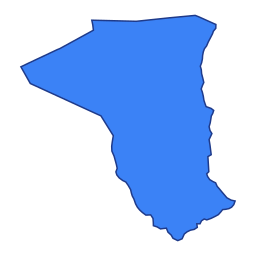 Serrolândia, Bahia, Brazil (Albers equal-area conic projection)
{"feature_id": "56859067B30551948339196", "entity_name": "Serrolândia", "entity_type": "district", "adm_level": 2, "iso_a3": "BRA", "parent_name": "Brazil", "parent_adm1": "Bahia", "projection": "albers", "projection_center": [-40.233, -11.447], "detail": "fine", "context": "isolated", "style": "filled", "palette": "blue", "viewbox_px": 256, "rotation_deg": 0, "n_neighbors": 0, "source": "geoboundaries", "source_scale": "gbopen_adm2", "svg_char_len": 1563}
<svg xmlns="http://www.w3.org/2000/svg" viewBox="0 0 256 256"><path d="M20.9,66.8L30.3,83.5L92.0,111.8L97.9,114.5L100.9,115.8L113.3,135.7L112.7,139.3L112.2,142.4L111.7,146.3L111.9,151.1L114.1,156.2L115.4,160.9L116.4,164.6L117.2,168.3L115.9,171.9L116.8,174.9L119.2,177.9L122.7,180.5L125.8,182.0L128.2,185.4L130.6,189.6L131.4,193.1L132.3,196.0L133.9,199.0L135.6,203.9L137.4,207.2L139.6,209.9L142.4,212.5L145.9,215.1L150.7,214.9L153.0,218.4L153.3,222.5L153.4,225.7L157.1,226.9L160.5,228.9L163.5,228.5L166.4,228.2L168.0,232.2L171.2,235.1L173.0,238.3L177.8,240.6L182.1,238.8L184.3,234.0L187.1,231.8L190.4,230.2L194.2,229.4L197.3,227.4L196.8,223.8L200.0,223.8L201.5,220.8L204.2,219.0L206.8,219.9L211.0,218.4L215.3,216.3L218.4,214.6L220.9,211.8L222.6,209.6L225.6,209.3L229.0,208.6L231.6,207.2L233.8,204.6L235.1,201.0L231.1,200.1L226.9,197.8L224.7,195.2L221.7,191.7L219.4,188.9L217.2,186.4L215.6,182.8L213.0,181.6L209.7,179.6L207.6,176.5L206.7,173.8L208.8,171.7L208.5,166.6L207.9,156.6L211.2,154.7L210.0,145.2L209.1,139.6L211.9,133.6L210.0,130.5L209.1,126.7L210.2,122.9L210.9,118.7L211.3,116.0L212.7,113.5L213.7,110.4L211.1,108.4L206.1,106.6L204.9,103.3L203.9,100.2L203.3,96.2L202.3,92.0L201.2,89.0L202.4,85.6L203.8,82.5L202.8,78.2L201.6,73.6L201.3,69.7L200.3,66.2L201.6,62.8L202.4,59.0L202.6,55.6L203.3,51.9L204.4,48.8L206.6,45.9L208.3,41.9L210.7,37.3L212.5,33.8L213.4,31.2L215.8,28.3L215.9,24.5L199.0,16.9L195.2,15.4L169.6,17.8L136.3,21.3L91.8,20.2L92.8,25.1L93.4,30.2L59.8,48.6L57.3,49.6L28.6,63.1L20.9,66.8Z" fill="#3b82f6" stroke="#1e3a8a" stroke-width="1.5"/></svg>